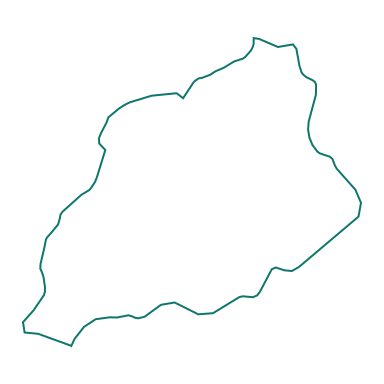 map outline of Khost (Mercator projection)
{"feature_id": "AFG-1758", "entity_name": "Khost", "entity_type": "Province", "adm_level": 1, "iso_a3": "AFG", "parent_name": "Afghanistan", "parent_adm1": "", "projection": "mercator", "projection_center": [69.796, 33.377], "detail": "fine", "context": "isolated", "style": "outline", "palette": "teal", "viewbox_px": 384, "rotation_deg": 0, "n_neighbors": 0, "source": "natural_earth", "source_scale": "10m", "svg_char_len": 1323}
<svg xmlns="http://www.w3.org/2000/svg" viewBox="0 0 384 384"><path d="M253.7,38.1L259.0,38.9L278.0,47.0L292.9,44.4L296.4,48.9L299.4,65.6L301.5,72.2L303.0,74.4L306.2,77.1L312.0,79.9L314.8,81.8L316.1,84.6L315.9,94.8L308.7,121.5L308.1,129.5L309.4,137.6L312.5,145.1L317.4,151.6L320.1,153.5L329.9,156.7L332.4,158.9L335.0,165.7L336.8,168.8L355.4,189.7L361.0,202.8L358.5,216.6L298.8,267.1L291.9,271.0L284.3,270.3L275.9,267.5L271.8,269.2L260.0,291.6L257.3,295.3L253.0,297.2L242.8,296.3L239.3,297.1L213.0,313.2L198.2,314.3L174.6,302.5L161.0,304.8L144.5,316.8L138.0,318.3L134.9,317.7L131.9,316.3L128.5,315.3L117.1,317.5L109.9,317.3L95.7,319.2L84.0,326.9L74.7,338.7L71.3,345.9L71.2,345.8L38.1,333.8L24.6,332.5L23.0,322.2L33.6,310.3L43.9,295.2L44.9,291.8L45.0,287.3L43.6,277.5L42.2,273.0L40.9,269.8L40.3,268.8L40.5,264.1L44.3,247.9L46.0,239.3L47.2,237.3L52.0,231.9L58.1,224.4L59.6,219.2L60.5,214.6L62.4,211.8L81.4,194.8L89.5,189.9L91.7,187.1L95.1,181.8L97.0,176.9L105.3,150.0L99.3,143.6L98.9,138.4L100.9,133.4L106.6,122.4L108.4,117.3L119.3,108.3L124.7,104.9L129.9,102.3L151.6,95.7L175.8,93.3L176.8,93.4L177.3,93.7L183.1,98.2L193.7,82.1L195.6,80.5L198.8,78.3L201.6,78.0L209.9,74.9L215.7,71.2L223.9,67.7L234.0,61.5L242.7,58.7L245.1,57.1L250.9,50.6L252.6,47.3L253.6,44.3L253.7,38.1Z" fill="none" stroke="#0f766e" stroke-width="2"/></svg>